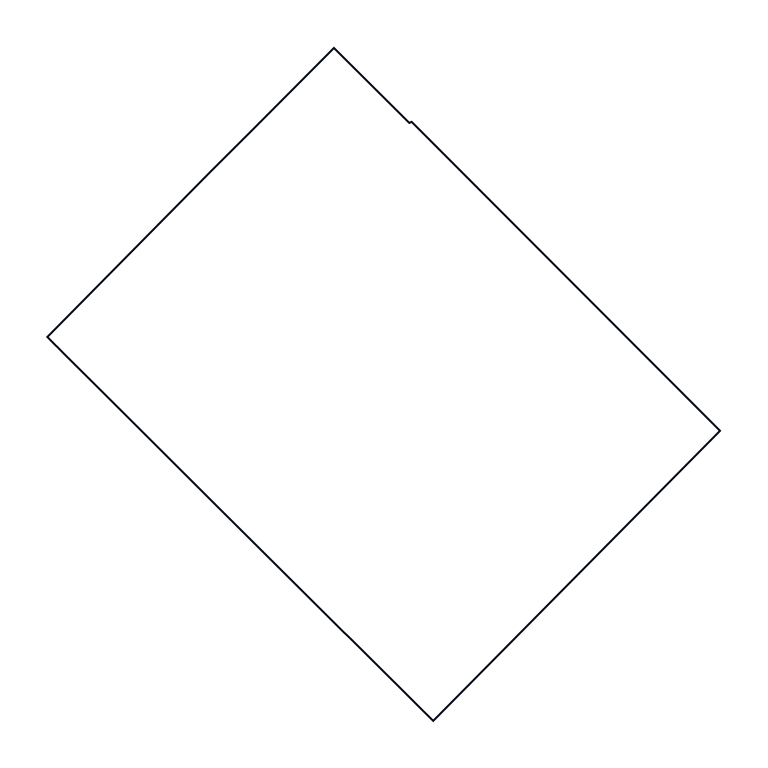 Niobrara, Wyoming, United States of America, rotated 135°
{"feature_id": "52423323B65345552187242", "entity_name": "Niobrara", "entity_type": "district", "adm_level": 2, "iso_a3": "USA", "parent_name": "United States of America", "parent_adm1": "Wyoming", "projection": "natural_earth1", "projection_center": [-104.247, 43.056], "detail": "fine", "context": "isolated", "style": "outline", "palette": "ink", "viewbox_px": 768, "rotation_deg": 135, "n_neighbors": 0, "source": "geoboundaries", "source_scale": "gbopen_adm2", "svg_char_len": 442}
<svg xmlns="http://www.w3.org/2000/svg" viewBox="0 0 768 768"><g transform="rotate(135 384 384)"><path d="M587.4,111.0L179.5,113.3L179.1,549.9L181.5,550.7L181.8,657.0L296.6,656.7L356.6,656.8L588.8,655.3L588.9,643.6L588.8,641.7L588.9,631.9L588.7,570.8L588.7,568.0L588.5,417.8L588.0,241.2L588.0,236.8L587.8,232.4L587.7,219.2L587.6,179.5L587.5,156.4L587.5,126.6L587.4,111.2L587.4,111.0Z" fill="none" stroke="#020617" stroke-width="2"/></g></svg>